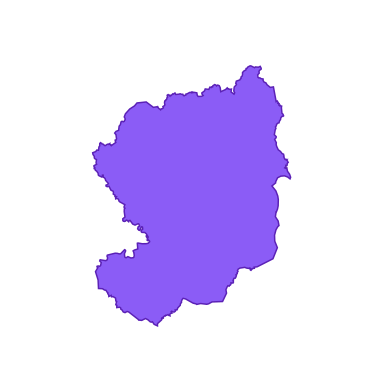 outline of La Huacana, Michoacán, Mexico, rotated 319°
{"feature_id": "50627088B97792110309724", "entity_name": "La Huacana", "entity_type": "district", "adm_level": 2, "iso_a3": "MEX", "parent_name": "Mexico", "parent_adm1": "Michoacán", "projection": "albers", "projection_center": [-101.96, 18.85], "detail": "fine", "context": "isolated", "style": "filled", "palette": "violet", "viewbox_px": 384, "rotation_deg": 319, "n_neighbors": 0, "source": "geoboundaries", "source_scale": "gbopen_adm2", "svg_char_len": 6058}
<svg xmlns="http://www.w3.org/2000/svg" viewBox="0 0 384 384"><g transform="rotate(319 192 192)"><path d="M209.3,295.5L219.9,290.0L222.2,283.4L226.0,278.7L230.6,275.6L234.1,274.4L235.6,274.4L238.0,270.4L238.7,265.4L242.9,261.7L242.4,262.5L245.3,261.0L248.0,258.9L252.2,254.3L254.1,251.3L256.0,246.2L256.3,239.9L261.1,240.0L261.8,239.2L265.9,237.4L269.4,238.3L272.4,240.5L274.0,243.4L274.6,246.4L276.1,245.6L277.3,242.6L277.7,238.9L279.4,236.0L278.3,235.8L277.8,234.6L279.6,234.4L280.2,233.5L280.6,234.1L281.3,234.2L282.8,232.8L284.0,232.8L284.5,230.7L284.3,229.9L284.9,229.8L284.0,229.1L284.2,228.8L283.6,228.5L283.6,228.0L284.4,225.5L284.9,225.4L285.9,223.5L285.2,222.1L285.4,219.4L284.8,216.7L285.9,212.9L286.8,211.2L288.0,210.1L288.9,206.5L291.1,206.2L291.9,205.4L291.7,202.8L295.8,199.5L296.9,199.2L297.7,197.6L298.9,197.4L300.3,196.4L302.2,196.4L303.0,196.9L304.9,195.7L306.2,195.5L307.8,194.2L309.8,194.0L310.3,194.6L311.1,194.6L311.7,193.0L311.6,191.5L314.8,187.0L316.0,186.0L315.3,185.0L315.4,184.4L314.7,184.4L314.6,183.4L315.7,182.6L315.0,181.5L315.7,181.3L316.0,179.1L314.8,179.0L322.4,166.1L319.7,164.4L319.0,160.3L319.4,158.1L318.5,156.3L318.8,154.5L319.8,153.4L318.3,151.4L318.2,150.5L317.2,149.6L317.0,148.8L318.4,146.7L320.7,146.4L321.7,144.9L322.8,144.5L324.7,144.7L325.4,144.0L325.9,141.9L324.0,141.4L321.9,139.2L320.8,139.2L319.2,135.5L318.6,134.9L316.1,134.3L314.4,134.7L313.8,134.3L312.8,135.2L310.3,134.7L308.5,135.0L307.1,136.6L305.8,137.4L304.4,137.4L303.4,138.5L302.4,138.4L301.7,138.8L298.2,137.4L296.3,138.7L296.4,139.2L296.0,140.1L292.7,140.5L289.8,143.2L289.3,145.1L287.9,145.7L287.1,142.1L289.3,140.2L287.8,139.3L287.3,138.0L286.8,138.0L286.9,136.5L284.6,136.7L279.5,135.2L281.7,131.8L282.3,129.7L281.6,128.2L280.1,128.0L280.2,127.0L279.6,125.8L277.4,125.5L276.5,126.2L275.7,125.4L275.0,125.7L274.3,124.6L272.0,125.6L269.6,122.9L267.8,123.9L264.4,123.7L263.8,124.6L263.7,126.5L262.0,126.1L259.3,123.9L259.4,122.5L260.7,120.3L259.2,118.4L257.3,117.2L258.0,116.9L257.6,116.4L255.7,115.7L255.5,115.3L252.7,114.7L251.7,114.1L250.8,114.8L250.1,114.3L249.4,114.3L248.8,113.6L249.2,112.2L248.1,111.3L247.5,110.1L246.3,109.6L243.7,107.7L244.1,106.1L241.9,105.8L241.8,105.3L239.5,105.5L238.9,104.5L238.3,105.0L237.9,102.8L236.7,102.7L235.8,104.4L235.2,104.3L233.7,105.4L232.5,105.3L232.1,105.7L231.2,105.4L229.8,106.6L228.7,108.4L227.9,108.7L226.1,108.4L225.6,109.7L224.0,109.6L223.3,109.0L222.2,109.4L221.7,106.8L222.1,105.1L221.4,105.1L221.2,104.5L218.4,102.8L216.5,94.0L208.9,88.7L205.1,89.3L199.4,88.5L193.1,89.3L190.1,90.9L189.8,92.4L189.3,93.3L187.2,94.2L186.2,93.9L185.6,92.7L184.5,92.5L182.1,94.2L180.2,94.5L177.1,97.3L174.4,96.4L172.3,96.8L172.2,98.9L169.9,102.4L169.1,102.8L168.2,102.5L168.1,103.0L167.6,103.0L167.0,104.6L162.1,104.1L161.8,103.1L161.4,103.5L161.3,102.1L161.0,101.8L161.4,101.5L160.4,101.4L160.4,101.0L159.3,100.4L157.0,100.1L156.6,99.7L156.3,97.5L155.6,96.7L155.8,95.9L155.2,95.4L155.3,94.8L154.3,94.8L152.5,96.7L151.4,96.9L148.8,99.1L147.7,97.9L145.8,98.3L142.8,97.2L141.9,98.7L141.6,101.1L140.6,102.2L140.6,103.5L141.2,104.8L138.7,107.1L138.2,108.5L135.3,107.8L134.5,108.8L134.7,109.7L133.5,110.2L133.9,111.1L133.3,112.3L133.7,113.5L133.5,116.1L132.4,117.8L132.5,118.7L133.7,121.5L134.5,121.5L135.4,120.5L136.0,121.0L134.7,122.6L135.2,123.7L135.2,125.0L134.4,126.6L134.5,130.7L133.1,131.0L131.7,130.4L131.0,131.0L131.4,132.3L133.1,133.3L132.0,137.4L133.0,139.7L132.5,140.7L131.2,141.9L131.8,143.9L130.9,144.8L131.9,145.9L130.6,146.2L129.9,147.1L130.8,147.4L131.5,148.3L131.7,149.2L130.9,151.2L131.0,152.0L133.0,157.5L131.0,158.6L130.6,159.2L130.8,160.2L129.8,160.4L128.0,162.3L125.0,166.9L122.2,166.8L121.0,168.3L121.1,169.1L121.7,169.9L122.6,170.3L124.0,170.2L124.4,170.7L124.7,172.9L125.8,172.3L126.6,172.8L126.2,177.3L127.3,179.6L130.5,180.6L130.9,181.2L130.3,183.0L129.7,183.3L128.7,182.9L126.8,184.1L126.8,185.9L127.2,186.5L128.5,186.3L130.7,185.0L131.3,185.2L131.6,186.0L130.4,187.7L128.5,187.7L127.6,188.6L127.7,189.6L129.8,191.6L130.1,193.6L129.4,197.3L128.9,197.5L129.1,196.3L128.8,195.1L128.5,195.2L128.2,196.0L128.5,196.5L128.0,197.0L127.6,199.4L126.6,198.9L126.7,199.6L127.7,200.3L127.7,201.4L127.2,201.8L125.3,201.9L123.7,201.1L120.5,198.4L117.7,195.0L117.1,194.8L113.7,199.4L110.4,198.0L108.9,197.8L108.4,199.5L106.7,202.1L105.2,203.1L104.5,203.0L102.6,201.7L101.2,198.7L99.2,198.4L98.6,197.5L98.9,196.5L100.5,194.3L103.3,192.9L103.6,192.1L103.3,191.3L97.7,191.8L96.5,191.0L95.4,189.3L93.9,187.8L86.7,184.1L85.8,184.6L85.1,186.3L83.7,187.5L81.9,187.3L78.2,182.9L77.1,183.5L77.2,185.7L74.8,187.5L73.6,187.5L72.6,186.2L71.5,185.8L71.1,186.5L71.3,187.3L66.9,188.8L63.4,196.8L58.1,203.5L61.0,206.3L61.6,208.5L62.6,209.8L62.2,211.6L62.4,212.8L61.8,213.3L61.5,215.2L60.7,216.3L63.2,217.0L62.5,218.3L63.8,219.2L64.7,221.9L63.0,224.3L63.3,225.2L60.5,227.1L60.9,228.2L59.4,229.9L61.8,231.5L62.1,232.6L61.4,233.8L61.8,235.2L61.4,237.4L62.3,239.1L64.6,239.6L65.5,240.9L67.9,253.2L67.7,253.6L69.8,255.9L73.9,257.0L74.9,259.4L75.3,262.6L76.0,263.6L77.0,264.0L76.6,267.0L78.1,270.4L79.6,268.7L85.0,268.6L86.2,268.1L86.2,267.4L87.2,267.3L87.7,268.3L88.5,267.5L90.1,267.5L90.5,268.1L91.4,267.8L91.9,268.4L93.5,268.8L93.5,269.9L94.2,271.0L94.7,270.0L95.7,269.6L97.1,270.1L96.9,269.7L97.7,269.2L97.7,268.7L98.5,268.7L98.9,270.0L100.0,271.0L101.2,271.0L101.9,270.1L102.2,270.7L102.9,270.5L103.5,271.1L105.3,270.1L108.8,269.8L110.0,268.7L111.6,268.5L111.9,267.9L113.9,266.7L115.5,266.4L117.0,268.5L119.9,276.6L121.6,279.0L121.8,279.9L125.3,281.8L129.5,286.4L131.2,287.3L135.0,288.1L143.2,294.7L151.7,291.0L153.5,288.0L155.9,286.8L157.6,286.3L158.3,287.4L158.9,287.1L160.0,287.4L161.6,286.7L161.9,286.2L163.2,287.6L164.2,287.2L164.9,285.8L165.1,286.0L166.4,284.9L167.3,284.7L168.0,285.4L168.9,285.2L170.7,284.2L170.8,283.4L172.6,283.3L173.1,282.5L174.6,282.1L174.8,281.1L176.4,280.5L178.3,280.9L182.4,283.5L183.2,285.1L184.6,286.8L185.8,287.3L186.0,288.3L185.2,288.3L184.9,289.2L185.1,289.8L187.6,289.5L189.0,290.5L189.6,289.5L192.1,291.2L209.3,295.5Z" fill="#8b5cf6" stroke="#5b21b6" stroke-width="1.5"/></g></svg>